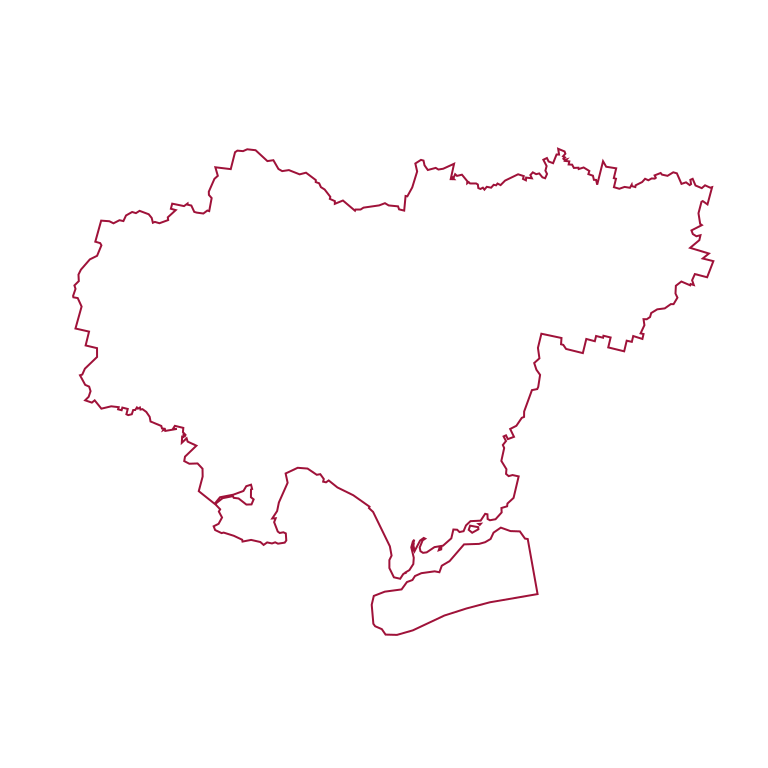 outline of Moreton Bay, Queensland, Australia, rotated 95°
{"feature_id": "25037944B19400187923346", "entity_name": "Moreton Bay", "entity_type": "district", "adm_level": 2, "iso_a3": "AUS", "parent_name": "Australia", "parent_adm1": "Queensland", "projection": "orthographic", "projection_center": [152.949, -27.107], "detail": "fine", "context": "isolated", "style": "outline", "palette": "rose", "viewbox_px": 768, "rotation_deg": 95, "n_neighbors": 0, "source": "geoboundaries", "source_scale": "gbopen_adm2", "svg_char_len": 6138}
<svg xmlns="http://www.w3.org/2000/svg" viewBox="0 0 768 768"><g transform="rotate(95 384 384)"><path d="M506.9,559.2L518.1,542.3L511.1,537.5L507.4,524.5L502.8,514.7L497.8,512.3L495.9,507.7L500.1,506.2L500.7,507.3L508.4,506.7L510.3,503.8L515.5,505.5L516.1,510.6L510.7,518.9L510.5,523.8L508.9,524.8L511.8,534.8L517.1,540.5L518.8,541.2L523.1,536.3L525.5,537.4L531.1,533.7L537.7,536.6L540.6,541.3L544.2,539.5L546.7,532.8L546.0,530.8L548.3,520.4L551.5,511.7L553.3,511.2L550.9,502.8L552.2,493.4L554.8,489.9L552.0,486.6L552.6,481.7L551.2,478.6L552.3,475.7L550.7,469.1L548.4,467.7L541.4,468.8L540.5,471.3L541.5,474.9L540.2,477.0L531.2,481.4L527.2,480.2L527.7,483.6L519.9,479.4L511.2,478.4L490.8,471.4L481.7,474.2L475.0,462.7L474.9,452.8L480.3,443.1L479.4,439.6L483.9,435.7L486.6,436.1L487.0,433.2L484.9,430.7L491.1,421.4L497.5,404.9L507.5,387.7L508.9,388.2L512.4,383.7L545.2,364.0L554.3,361.5L558.9,363.3L566.9,362.6L575.7,357.3L576.6,350.9L571.7,348.3L570.1,346.3L571.0,345.5L569.7,346.0L567.2,342.5L560.8,339.1L554.5,339.2L544.3,342.6L538.3,341.5L536.5,340.3L541.1,341.0L547.7,338.9L536.8,334.4L533.9,331.0L534.5,329.5L536.4,331.9L543.8,334.2L547.4,333.1L548.8,330.4L548.0,326.8L542.1,319.5L539.9,311.1L531.9,303.5L522.9,302.2L522.8,298.4L524.9,295.9L523.7,291.9L517.7,290.0L513.1,285.9L511.7,275.8L504.5,271.9L504.8,269.6L509.4,269.0L510.5,266.6L509.0,261.1L501.7,255.6L497.3,256.2L495.1,250.7L492.3,250.6L486.2,245.0L464.3,241.8L463.5,248.0L464.9,251.8L462.9,254.6L458.2,254.6L450.4,260.4L437.3,258.7L434.4,260.3L430.2,257.5L425.8,260.3L424.5,258.0L428.1,255.8L425.3,249.9L417.8,254.4L414.1,248.5L405.7,243.8L404.6,241.6L399.2,242.0L377.2,236.1L375.7,230.9L373.4,230.1L361.3,229.3L356.5,233.4L350.0,236.2L344.9,231.4L334.6,233.8L320.2,231.6L322.7,211.2L329.0,211.1L329.4,208.8L333.2,205.7L335.9,188.6L321.5,186.4L323.0,177.7L317.7,176.9L318.8,169.8L316.8,169.6L317.9,162.3L328.0,163.8L330.5,147.6L319.7,146.0L320.4,140.8L314.5,139.9L316.6,130.5L311.6,129.8L311.2,132.8L302.7,129.7L296.8,131.1L296.6,127.9L294.1,124.8L290.0,124.0L285.8,118.3L284.2,110.9L279.4,105.2L279.2,102.5L272.4,99.2L268.5,101.5L260.7,101.8L256.0,96.7L259.0,87.6L257.7,87.3L258.4,84.0L253.8,86.1L247.4,83.9L249.5,71.4L232.9,66.6L231.2,77.4L225.7,71.7L221.7,90.9L213.2,82.4L208.2,81.7L209.6,85.7L207.7,89.4L204.2,91.1L198.0,81.2L196.9,83.0L186.5,85.6L174.8,83.6L174.0,82.4L176.9,77.4L159.3,74.3L160.0,76.1L158.1,81.5L161.2,84.5L159.1,91.0L152.7,94.4L153.9,96.6L158.1,95.5L159.2,96.8L156.8,100.7L158.7,105.1L148.6,110.6L147.9,114.3L151.9,119.7L151.2,125.3L149.7,126.8L152.6,132.6L154.9,131.2L155.8,132.2L155.9,135.3L158.0,138.4L156.8,141.8L160.3,144.4L164.1,150.6L165.9,150.8L165.3,154.2L163.8,154.6L167.1,156.1L166.7,161.5L169.0,166.6L167.9,172.1L159.3,170.8L158.9,173.0L148.9,171.5L148.2,181.6L143.0,185.2L166.9,189.0L162.2,190.5L162.3,192.7L158.3,194.0L157.1,198.7L153.9,198.0L150.9,204.0L152.9,208.8L151.6,209.2L152.2,213.7L149.1,215.7L149.2,219.2L146.1,218.8L146.0,222.9L144.3,221.6L145.1,223.7L144.0,224.9L142.5,223.5L141.6,225.5L138.8,223.4L136.6,224.4L134.5,231.0L140.2,229.6L140.3,232.1L149.3,234.8L148.0,239.4L144.7,241.4L146.7,244.8L152.7,241.0L157.4,241.8L160.5,239.9L165.0,241.4L164.3,244.2L160.7,247.7L161.7,250.7L160.2,254.2L163.1,256.4L166.2,254.6L166.0,260.4L168.7,260.4L167.6,263.4L164.7,262.9L163.4,268.7L170.8,281.1L175.7,285.2L174.4,288.4L176.3,289.6L176.0,292.1L179.1,294.4L178.6,298.8L181.6,300.9L179.8,302.6L181.3,304.9L180.6,307.1L177.1,307.9L176.2,309.7L176.7,315.8L175.5,317.2L176.8,318.6L174.7,318.7L168.7,324.6L170.3,329.4L168.8,331.4L171.8,332.4L172.0,334.0L173.9,332.0L174.1,335.4L158.5,333.4L164.4,343.8L165.6,348.5L164.2,351.3L167.0,359.0L162.6,362.7L158.0,364.1L157.5,366.7L161.6,372.0L169.4,369.5L185.7,373.0L195.0,377.1L194.8,378.9L209.5,379.0L208.7,384.2L205.8,385.5L205.7,394.9L203.8,398.8L206.5,404.4L210.1,419.8L212.2,422.5L212.7,427.6L213.9,428.0L204.8,440.9L208.8,448.7L206.1,448.9L204.3,454.1L202.2,453.8L195.4,460.1L193.4,464.0L189.7,466.1L188.8,469.6L186.8,469.7L180.3,480.1L182.5,486.3L179.2,497.4L180.8,504.0L179.0,507.9L170.7,513.7L172.1,519.6L162.3,532.3L162.1,540.7L164.3,544.7L164.3,550.4L166.1,552.6L183.3,555.4L182.8,570.9L191.1,567.7L194.4,570.8L207.7,575.3L210.9,574.9L213.8,571.9L227.0,573.2L226.6,575.1L229.9,578.8L229.6,585.4L229.1,588.0L223.0,591.5L222.5,595.2L221.3,595.4L224.2,598.7L222.8,610.7L228.0,611.6L228.9,606.6L236.8,613.9L239.5,613.3L243.4,621.7L242.5,626.4L243.5,628.3L238.8,629.9L235.4,633.2L232.8,642.6L235.4,646.0L234.6,649.9L238.6,655.7L244.4,657.8L243.9,661.8L247.5,667.5L245.8,671.8L245.9,680.0L267.4,684.0L268.4,679.0L270.5,677.6L281.3,681.0L285.5,687.9L296.5,695.9L301.6,697.9L308.1,697.0L312.8,701.0L316.1,699.6L323.4,701.4L324.7,701.0L325.1,696.6L333.2,692.0L355.6,696.2L357.5,682.4L371.6,684.6L373.3,673.0L382.1,672.2L394.8,683.3L400.9,685.4L401.8,687.6L410.9,681.6L412.3,677.5L416.7,675.7L422.5,677.1L426.3,680.3L428.0,673.4L425.5,670.8L433.2,663.4L430.0,653.8L430.2,646.3L432.4,646.7L433.0,643.1L430.3,642.6L431.2,637.1L436.6,638.0L437.3,636.1L436.1,632.6L431.8,631.6L431.6,629.6L428.9,628.1L430.0,627.0L428.7,625.1L430.7,624.4L430.1,622.4L432.5,618.4L437.1,614.6L441.7,613.3L445.2,602.2L447.6,601.3L447.7,599.3L449.2,599.9L448.2,598.3L449.8,597.8L446.8,586.4L447.2,590.4L443.9,588.7L445.2,580.1L449.5,580.1L452.0,577.3L453.2,577.8L451.9,579.3L454.3,579.3L454.1,580.5L460.2,580.3L455.3,575.9L458.5,574.6L461.8,565.5L473.7,575.9L478.2,576.3L480.4,571.0L479.4,562.8L484.2,557.4L492.0,556.6L506.9,559.2ZM579.9,212.7L525.9,227.3L525.7,230.1L519.0,235.8L519.5,245.2L516.9,255.1L522.5,261.9L529.1,264.3L532.8,269.5L535.0,275.4L536.8,290.3L554.7,303.2L560.0,310.6L566.7,312.4L566.2,317.2L569.2,330.3L572.6,336.4L576.8,338.6L579.3,343.9L587.1,348.6L590.8,365.1L596.0,375.7L605.0,377.0L623.8,373.7L626.1,371.7L628.4,364.8L633.5,360.6L632.8,349.2L626.9,333.8L609.4,303.7L600.4,282.2L592.2,259.4L579.9,212.7ZM524.5,283.2L520.5,277.3L518.4,277.7L517.6,285.9L521.9,286.9L524.5,283.2ZM541.7,312.6L542.3,314.4L544.9,315.0L543.8,312.6L541.7,312.6ZM542.9,340.6L544.6,341.8L546.0,340.8L542.9,340.6ZM514.8,275.4L515.2,277.5L516.0,276.3L514.8,275.4Z" fill="none" stroke="#9f1239" stroke-width="2"/></g></svg>